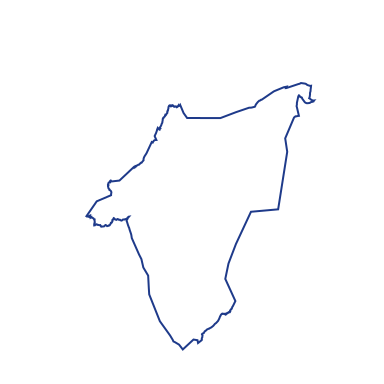 the district of Alvdal nor, Hedmark, Norway, rotated 295°
{"feature_id": "86288312B34159000507118", "entity_name": "Alvdal nor", "entity_type": "district", "adm_level": 2, "iso_a3": "NOR", "parent_name": "Norway", "parent_adm1": "Hedmark", "projection": "natural_earth1", "projection_center": [10.555, 62.097], "detail": "fine", "context": "isolated", "style": "outline", "palette": "blue", "viewbox_px": 384, "rotation_deg": 295, "n_neighbors": 0, "source": "geoboundaries", "source_scale": "gbopen_adm2", "svg_char_len": 5732}
<svg xmlns="http://www.w3.org/2000/svg" viewBox="0 0 384 384"><g transform="rotate(295 192 192)"><path d="M163.4,253.8L199.0,253.8L212.7,277.4L268.7,261.3L280.0,253.8L302.6,253.0L304.3,253.8L304.7,254.7L305.2,255.2L306.2,256.7L313.2,251.2L314.0,250.5L315.6,250.1L317.1,249.4L323.7,247.9L324.2,248.0L324.8,248.1L324.7,248.7L324.3,249.2L324.0,249.6L323.9,250.2L323.9,250.8L324.1,251.2L324.0,251.7L323.2,252.4L321.1,256.2L320.9,257.0L320.9,258.2L321.4,259.4L322.5,261.1L323.3,261.5L323.9,262.0L324.6,263.0L325.5,263.9L326.2,263.8L326.5,263.9L326.1,263.2L325.9,262.5L325.9,262.0L326.0,261.8L326.1,260.2L326.7,258.9L326.6,258.6L328.2,258.4L330.7,257.6L331.5,257.1L333.5,256.8L335.0,256.2L337.2,255.5L338.6,255.0L338.1,254.3L337.7,251.3L337.8,251.1L338.1,249.6L338.1,249.2L337.9,248.3L336.8,244.7L335.6,243.8L334.7,242.7L326.0,233.5L325.9,233.3L327.5,233.3L325.7,230.9L318.1,223.9L317.2,223.3L305.0,216.1L304.8,215.6L303.6,215.0L303.2,214.4L301.3,213.6L298.7,213.0L297.8,212.9L296.6,213.0L296.2,212.9L295.8,212.9L293.6,210.2L292.5,208.1L283.0,198.2L271.0,186.5L257.0,156.3L260.0,151.0L266.0,144.4L264.8,144.2L264.7,144.1L264.9,144.0L264.5,143.8L264.1,143.5L264.0,143.3L264.3,143.1L263.6,143.0L263.1,142.8L263.2,142.6L262.4,142.2L262.5,142.0L262.7,141.8L262.7,141.6L262.8,141.5L262.8,141.2L262.4,140.4L261.9,140.3L261.8,140.1L261.8,139.9L261.7,139.6L261.9,139.3L261.9,139.0L262.2,138.7L262.1,138.3L262.2,138.0L261.9,137.8L262.0,137.5L261.6,137.4L260.9,136.9L261.1,136.7L260.9,136.6L260.9,136.3L260.8,136.2L260.8,135.9L260.9,135.6L261.1,135.7L260.9,135.4L261.1,135.2L260.9,135.0L260.7,134.9L260.4,135.1L260.3,134.8L259.0,134.8L257.8,135.3L256.3,135.5L256.0,135.7L255.4,135.5L254.5,135.9L254.0,135.7L253.2,136.2L251.6,135.8L251.1,135.9L250.9,135.7L250.2,135.6L250.2,135.4L250.3,135.2L250.1,135.2L248.9,135.4L247.8,134.9L247.5,134.7L246.9,134.6L246.6,134.9L246.3,134.8L246.2,134.6L245.9,134.6L244.8,135.0L244.4,135.2L243.0,135.5L242.3,135.8L240.9,135.7L239.8,135.9L238.5,135.9L236.7,135.6L236.2,136.5L235.2,136.1L234.8,136.2L234.8,135.7L235.2,135.1L235.5,134.1L235.6,133.9L233.7,134.0L233.1,134.2L230.3,134.5L227.0,134.5L226.7,134.7L224.1,137.7L223.5,136.6L222.7,135.9L221.6,135.6L220.2,135.5L220.3,134.4L207.8,134.4L204.2,133.9L202.9,133.9L202.0,134.0L200.7,134.4L200.2,134.7L198.6,134.2L197.4,134.0L197.2,133.8L197.1,133.5L196.6,133.4L196.5,133.2L196.2,133.1L195.9,132.9L195.6,132.9L195.1,132.6L194.5,132.5L193.9,131.7L193.3,131.4L192.9,131.0L192.6,130.9L192.3,130.7L191.7,130.5L191.8,130.3L191.0,130.0L191.5,129.8L191.5,129.6L191.0,129.5L190.8,129.8L190.5,129.8L190.5,129.4L190.2,129.1L189.3,128.7L189.5,128.5L171.7,121.4L167.6,114.7L167.5,114.3L167.8,114.0L167.5,113.8L167.5,113.7L167.7,113.3L167.0,113.1L166.8,113.2L166.9,113.4L166.8,113.5L166.2,113.7L166.0,113.1L165.9,113.0L165.3,112.8L165.3,112.7L165.5,112.7L165.3,112.5L164.8,112.5L163.4,112.7L163.3,112.8L163.2,113.0L163.0,112.8L162.4,113.1L162.4,113.4L161.4,113.6L161.0,114.1L160.3,114.5L159.9,115.0L159.7,115.5L159.6,115.8L159.5,116.1L159.0,116.3L159.0,116.5L158.9,117.2L158.7,117.8L158.6,118.1L158.1,118.7L157.6,119.1L156.1,119.5L154.9,120.0L143.3,109.6L125.7,106.6L125.8,107.0L126.6,107.1L126.6,107.3L126.5,107.5L126.3,107.7L126.2,107.8L125.9,107.8L125.7,107.8L125.8,108.0L125.8,108.4L126.2,108.5L126.3,108.8L126.7,109.1L127.5,109.4L127.7,109.6L126.1,110.1L126.2,110.5L125.8,110.8L126.0,110.9L126.3,110.8L126.6,110.8L126.9,111.2L126.5,111.4L126.5,111.7L126.4,112.0L126.5,112.1L126.5,112.4L126.6,112.5L126.5,113.3L126.4,114.0L126.0,114.4L125.8,114.9L126.0,115.3L125.7,115.5L125.0,115.6L124.4,116.2L123.4,116.5L123.2,116.8L122.2,116.8L121.4,117.0L120.4,117.5L120.8,118.1L121.7,118.2L122.5,119.3L122.4,119.6L122.2,120.0L122.7,121.3L122.7,121.7L122.9,122.4L123.2,122.8L122.9,123.2L122.9,123.5L122.4,124.0L122.2,124.4L122.7,125.1L123.1,125.9L123.8,126.9L125.5,127.5L125.6,128.1L125.2,129.5L125.7,130.0L125.9,130.4L126.7,130.8L126.8,131.3L127.4,131.5L128.0,131.5L129.0,131.7L129.6,131.5L129.9,131.5L130.1,131.7L130.0,132.0L130.4,132.2L132.1,132.2L132.5,131.8L132.8,131.7L133.0,132.0L133.5,131.9L133.9,132.1L134.8,132.0L135.3,132.1L135.3,132.3L135.2,132.6L134.8,133.1L134.7,133.4L134.6,133.8L134.9,134.4L134.7,135.1L134.8,135.3L135.8,135.8L136.1,136.1L136.1,136.5L135.9,137.2L136.0,137.6L136.4,138.3L136.4,138.5L136.2,138.7L136.1,139.0L136.3,139.7L136.3,140.2L136.6,140.5L136.9,140.7L137.8,141.0L138.2,141.6L138.3,142.1L138.5,142.4L139.2,142.9L139.8,144.0L140.2,144.2L141.6,144.5L142.3,144.8L142.8,145.0L143.0,145.3L141.2,144.8L140.1,144.9L138.6,144.7L138.2,144.9L137.6,145.6L134.6,148.3L134.1,148.9L133.7,149.2L133.0,150.1L130.9,151.9L130.1,152.7L128.1,154.6L127.2,155.3L124.8,156.9L113.0,170.4L109.8,174.5L103.0,179.8L97.7,187.6L86.4,193.6L81.1,196.5L61.3,217.5L52.7,232.8L49.8,237.1L48.7,238.3L48.7,239.9L48.2,244.8L45.4,250.2L58.9,255.7L60.0,259.6L57.7,261.3L61.6,263.3L62.1,263.4L62.2,263.2L62.6,263.1L63.6,262.7L64.8,262.7L65.5,262.4L66.2,262.2L66.6,262.1L67.1,261.2L67.3,261.1L68.2,261.4L68.9,262.1L69.2,262.3L71.1,262.4L71.6,262.8L72.0,262.9L72.5,263.3L73.6,263.6L75.4,265.1L75.5,265.4L75.9,265.6L76.3,265.8L77.4,266.7L79.6,267.8L80.2,268.0L82.2,268.5L83.4,269.2L86.2,270.1L88.9,270.2L91.3,270.0L91.9,270.2L92.6,270.1L93.3,270.2L93.9,270.5L94.3,270.6L94.6,270.9L94.5,271.3L94.7,271.5L95.0,272.1L94.9,272.3L95.0,272.8L95.3,272.9L95.5,273.3L95.3,273.7L95.8,273.7L96.0,274.0L95.8,274.4L95.7,274.6L96.5,274.9L97.0,274.9L97.2,275.1L97.2,275.3L97.5,275.3L97.7,275.8L98.5,276.0L98.5,276.3L98.7,276.7L99.0,277.1L99.8,277.1L99.8,276.9L100.0,276.9L100.1,276.7L100.6,276.6L101.7,276.8L101.9,277.0L102.2,277.0L102.4,277.2L102.9,277.3L103.2,277.1L103.6,277.3L105.1,277.1L105.7,277.3L111.5,277.4L127.3,258.9L142.6,255.3L163.4,253.8Z" fill="none" stroke="#1e3a8a" stroke-width="2"/></g></svg>